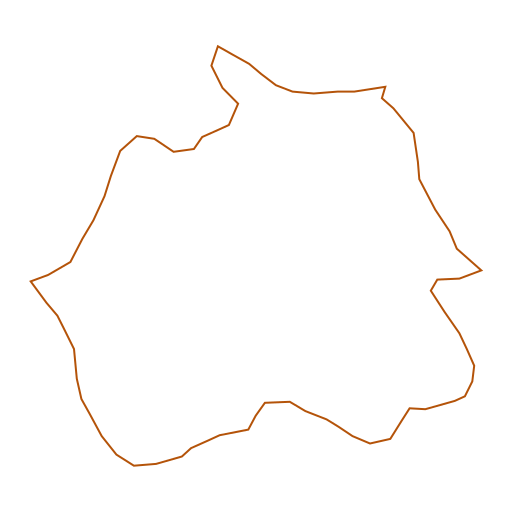 Agios Iakovos, Cyprus
{"feature_id": "46923920B93502330061419", "entity_name": "Agios Iakovos", "entity_type": "district", "adm_level": 2, "iso_a3": "CYP", "parent_name": "Cyprus", "parent_adm1": "", "projection": "orthographic", "projection_center": [33.821, 35.322], "detail": "fine", "context": "isolated", "style": "outline", "palette": "amber", "viewbox_px": 512, "rotation_deg": 0, "n_neighbors": 0, "source": "geoboundaries", "source_scale": "gbopen_adm2", "svg_char_len": 1013}
<svg xmlns="http://www.w3.org/2000/svg" viewBox="0 0 512 512"><path d="M385.3,86.8L354.3,91.6L337.7,91.6L313.7,93.5L292.5,91.6L275.9,85.2L261.2,74.0L249.2,63.9L232.6,54.6L217.9,46.3L211.4,65.7L222.5,87.9L238.1,103.7L228.9,125.0L218.8,129.6L202.2,137.0L193.9,149.0L173.6,151.8L154.3,138.8L136.8,136.1L120.2,150.9L110.9,175.9L104.5,196.2L93.4,220.3L82.4,238.8L70.4,262.0L48.2,274.9L30.7,281.4L46.4,302.7L57.4,315.7L63.9,328.6L74.0,349.0L76.8,378.7L81.4,399.0L89.7,413.9L101.7,436.1L116.4,454.6L133.9,465.7L156.1,463.9L181.9,456.5L191.1,448.1L207.7,440.7L219.7,435.2L248.3,429.6L255.7,415.7L264.9,402.8L289.8,401.8L305.4,411.1L326.6,419.4L338.6,426.8L352.5,436.1L370.0,443.5L390.3,438.9L401.3,421.3L409.6,408.3L425.3,409.2L454.8,400.9L464.9,396.3L472.3,381.4L474.2,365.7L466.8,349.0L459.4,333.3L444.6,312.0L430.8,290.7L437.3,279.6L459.4,278.6L481.3,270.4L456.8,248.7L449.6,231.3L435.2,209.6L419.3,179.2L417.9,161.9L413.6,132.9L393.4,108.3L381.9,98.2L385.3,86.8Z" fill="none" stroke="#b45309" stroke-width="2"/></svg>